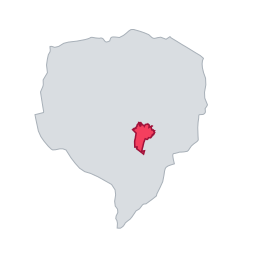 Bubi, Matabeleland North, Zimbabwe shown in context, rotated 258°
{"feature_id": "62879985B291328644758", "entity_name": "Bubi", "entity_type": "district", "adm_level": 2, "iso_a3": "ZWE", "parent_name": "Zimbabwe", "parent_adm1": "Matabeleland North", "projection": "orthographic", "projection_center": [28.902, -19.567], "detail": "fine", "context": "in_parent", "style": "filled", "palette": "rose", "viewbox_px": 256, "rotation_deg": 258, "n_neighbors": 0, "source": "geoboundaries", "source_scale": "gbopen_adm2", "svg_char_len": 4345}
<svg xmlns="http://www.w3.org/2000/svg" viewBox="0 0 256 256"><g transform="rotate(258 128 128)"><path d="M180.5,216.3L178.3,214.8L175.3,213.8L171.5,213.3L166.6,213.4L160.5,214.2L154.0,213.1L147.1,210.3L141.3,209.3L134.4,210.5L134.1,210.5L132.9,209.6L131.0,207.5L127.9,207.1L127.0,206.7L126.3,205.9L125.8,204.9L125.7,203.9L126.2,200.5L125.9,200.1L125.1,199.7L123.3,199.3L119.2,197.8L113.9,196.3L105.4,194.8L102.1,194.3L101.3,193.9L100.4,192.6L98.7,188.8L97.2,186.2L93.5,182.3L92.9,181.1L93.0,178.0L93.3,175.5L93.7,173.3L93.5,171.3L93.4,168.9L93.5,167.2L93.0,166.5L91.7,166.0L87.9,165.8L83.3,165.9L83.1,163.4L82.6,159.5L81.7,157.2L80.7,156.1L78.5,154.9L74.2,153.3L68.3,150.8L63.3,147.1L57.5,142.5L55.7,141.7L53.5,137.4L50.1,129.9L50.3,127.4L49.8,126.2L46.6,122.5L45.9,120.6L45.3,118.7L40.2,113.4L38.4,111.1L37.0,108.0L35.7,105.6L34.6,104.7L33.1,103.1L32.1,101.2L31.6,99.8L32.0,97.9L32.4,96.6L37.2,97.9L39.8,97.9L41.9,97.2L44.4,98.1L47.5,100.5L50.8,100.9L54.3,99.3L59.1,99.7L65.2,102.0L70.2,102.5L76.2,100.2L81.5,94.2L86.5,88.5L91.4,81.9L94.3,76.6L98.7,72.3L104.5,69.0L110.3,66.2L119.4,62.8L121.2,59.9L121.8,56.9L121.8,52.6L122.2,49.8L123.2,48.6L124.7,47.6L126.6,46.3L132.6,43.1L137.6,41.0L143.7,39.7L150.4,39.7L156.8,39.7L160.4,39.8L160.5,43.9L160.7,48.5L161.4,48.9L166.3,49.1L174.0,49.5L181.4,49.9L186.2,53.3L187.8,54.1L192.7,55.0L198.9,60.7L206.5,61.4L211.7,63.3L216.2,65.3L218.8,67.6L220.5,68.2L222.8,68.4L224.0,68.7L223.7,70.3L222.1,73.1L222.2,77.1L224.2,82.7L224.4,87.6L223.6,96.1L223.4,104.4L223.6,107.4L223.9,109.3L224.3,110.4L224.2,111.6L222.8,115.1L221.7,118.7L221.7,120.2L221.3,121.2L220.5,122.1L217.2,123.7L216.6,124.7L216.6,126.6L217.0,128.2L218.2,128.9L219.6,129.8L220.2,131.0L220.2,132.2L219.6,134.6L218.3,138.4L219.5,142.8L220.9,145.7L222.8,149.1L223.6,151.2L223.5,152.6L223.2,154.0L220.0,160.0L217.7,163.8L215.0,167.7L211.5,170.2L210.5,171.4L210.1,172.8L210.2,175.8L210.0,178.9L206.9,183.7L208.6,188.0L208.2,188.4L207.2,188.9L202.8,193.6L198.4,198.2L195.2,201.7L191.5,205.6L187.4,209.9L183.9,213.7L180.5,216.3Z" fill="#d9dde1" stroke="#a8b0b8" stroke-width="1"/><path d="M111.4,131.3L109.1,130.9L107.9,130.7L107.7,131.8L107.7,132.5L107.7,132.9L107.0,132.8L107.1,132.5L107.1,132.4L105.9,132.1L104.4,133.4L104.1,133.7L104.0,133.8L102.9,134.7L102.3,135.2L101.6,135.8L100.7,136.6L99.2,137.8L99.9,138.2L100.6,138.5L101.9,139.2L102.3,139.4L102.4,137.0L102.5,136.5L103.6,137.1L104.2,137.4L105.6,138.0L105.9,138.2L106.5,138.5L106.8,138.7L107.8,139.1L108.4,139.4L108.8,139.6L109.6,140.0L110.6,140.4L111.1,140.8L111.7,141.2L113.0,142.0L113.9,142.6L113.5,143.2L113.0,144.0L112.8,144.2L112.9,144.6L113.0,144.9L113.9,145.8L114.3,146.0L113.7,148.1L114.3,148.9L114.6,148.9L114.7,149.3L114.8,149.3L115.0,149.3L115.2,149.5L115.3,149.8L115.5,149.9L115.4,149.9L115.4,150.0L115.5,150.1L115.8,150.2L115.7,150.3L115.6,150.5L115.8,150.6L116.0,150.7L115.9,150.8L116.0,150.9L116.0,151.0L116.1,151.3L116.3,151.2L116.5,151.3L116.4,151.5L116.6,151.9L116.9,152.3L117.3,152.1L118.0,153.2L118.4,153.1L118.5,152.9L119.0,152.6L119.3,152.5L119.6,152.9L119.8,153.2L120.1,152.5L120.8,152.4L120.9,151.3L122.2,151.0L122.1,150.9L124.1,150.7L124.9,152.1L125.0,152.0L125.0,151.9L125.1,151.7L124.9,151.1L124.5,149.7L124.2,148.6L125.2,149.0L125.3,149.0L126.4,149.4L127.1,148.8L127.7,148.4L127.4,148.2L127.8,147.4L127.8,145.7L126.3,144.3L127.0,144.2L128.2,142.8L130.1,141.9L128.4,141.1L127.6,141.1L127.4,140.7L127.3,140.4L127.5,140.4L127.6,140.2L127.8,140.0L128.0,139.9L129.5,140.1L130.6,141.0L131.1,139.7L130.9,139.7L130.7,139.6L130.6,139.4L130.5,139.2L130.4,139.1L130.2,139.2L130.1,138.9L130.0,138.7L129.9,138.7L129.7,138.5L129.4,138.3L129.3,138.2L129.2,138.0L129.2,137.9L129.2,137.7L128.9,137.4L128.7,137.4L128.4,137.3L128.2,137.3L128.1,137.2L127.9,137.0L127.7,137.0L127.6,136.9L127.5,136.7L127.4,136.6L127.3,136.4L127.2,136.4L127.1,136.2L126.9,135.9L126.7,135.8L126.7,135.7L126.6,135.4L126.3,135.3L126.3,135.2L126.2,135.3L126.2,135.2L126.0,134.8L125.9,134.7L125.8,134.4L125.8,134.2L125.7,134.1L125.8,133.9L126.0,133.6L126.1,133.4L125.8,133.0L125.8,132.9L125.7,132.9L125.7,132.7L125.4,132.2L125.3,132.3L124.3,132.9L123.7,133.3L123.2,133.7L123.0,133.8L122.9,133.8L121.2,134.9L120.4,134.5L119.2,134.1L118.1,133.6L117.1,133.3L116.7,133.1L115.9,132.8L114.8,132.2L114.0,131.9L113.5,131.7L113.0,131.6L111.4,131.3Z" fill="#f43f5e" stroke="#9f1239" stroke-width="1.5"/></g></svg>